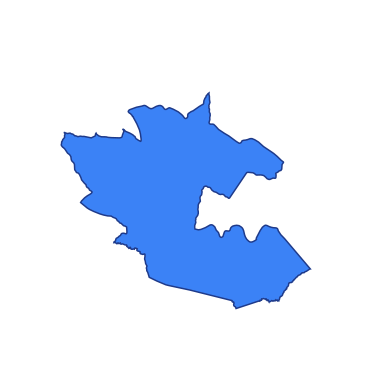 the district of Turkana South, Rift Valley, Kenya, rotated 298°
{"feature_id": "3690345B86728655085245", "entity_name": "Turkana South", "entity_type": "district", "adm_level": 2, "iso_a3": "KEN", "parent_name": "Kenya", "parent_adm1": "Rift Valley", "projection": "mercator", "projection_center": [35.73, 2.378], "detail": "fine", "context": "isolated", "style": "filled", "palette": "blue", "viewbox_px": 384, "rotation_deg": 298, "n_neighbors": 0, "source": "geoboundaries", "source_scale": "gbopen_adm2", "svg_char_len": 6085}
<svg xmlns="http://www.w3.org/2000/svg" viewBox="0 0 384 384"><g transform="rotate(298 192 192)"><path d="M109.8,285.6L127.0,302.1L127.4,303.1L128.1,302.8L129.0,304.1L129.4,303.8L129.9,303.9L130.3,303.7L130.6,304.5L131.4,304.9L131.7,306.6L132.2,307.2L131.8,307.6L132.3,308.0L131.4,309.1L131.6,309.8L132.4,309.8L132.4,310.0L131.9,310.5L131.7,311.3L131.2,311.5L131.0,311.8L131.7,311.8L132.1,312.7L133.5,313.3L133.5,314.3L134.1,314.6L134.1,315.4L134.5,315.6L135.0,316.5L135.6,316.4L135.4,316.8L135.6,317.1L136.1,317.2L136.1,317.5L136.5,317.8L136.0,318.9L136.3,319.2L136.7,319.1L136.7,319.6L137.1,319.4L137.8,319.7L140.4,319.0L141.0,319.4L141.6,319.4L142.1,320.0L143.0,320.2L143.9,320.3L144.3,320.0L144.9,319.9L146.6,320.2L147.4,319.8L149.5,320.6L150.0,320.4L150.6,321.0L151.1,321.1L151.6,320.6L152.7,320.6L153.2,320.9L154.5,321.1L156.8,320.3L157.2,320.6L157.6,320.6L158.8,322.3L159.5,322.5L159.8,322.9L160.9,322.8L161.8,323.3L162.1,323.1L164.0,323.8L165.9,324.2L166.6,324.8L168.1,324.9L170.1,326.6L170.7,326.5L171.7,327.1L172.4,327.1L173.3,328.8L174.5,329.2L175.8,330.3L179.2,332.1L179.6,332.6L194.3,295.6L196.0,290.4L198.2,286.4L199.4,285.2L199.8,284.5L199.8,283.2L198.6,280.4L198.0,278.3L197.7,276.2L197.6,273.9L197.3,272.7L196.8,272.1L196.0,271.6L193.9,270.7L189.9,270.3L181.8,270.4L181.0,270.6L180.3,271.2L178.6,270.4L177.3,269.5L176.3,268.7L175.4,267.5L175.1,266.4L175.2,265.1L175.9,262.6L177.3,260.3L178.8,258.6L182.1,255.7L183.1,254.5L183.8,253.4L184.2,252.0L184.4,249.4L183.6,247.1L182.3,245.3L180.8,243.8L179.0,243.1L177.7,243.1L176.2,243.5L175.1,243.1L174.7,242.7L173.7,240.2L172.8,239.5L171.8,239.4L167.1,240.2L165.7,239.2L165.5,238.6L165.8,237.4L168.6,234.4L169.7,231.3L171.9,228.5L172.4,226.5L172.4,225.2L172.0,224.2L171.3,223.4L166.9,220.6L163.2,217.5L161.6,215.4L160.7,212.0L162.0,211.0L163.8,210.1L166.8,209.7L168.6,208.4L169.8,208.2L170.5,207.7L171.1,207.6L174.0,208.0L176.0,207.6L177.5,206.8L179.6,205.2L181.0,204.8L183.4,203.6L184.9,203.4L187.8,203.7L190.6,201.7L192.4,201.4L194.0,201.8L196.9,200.8L197.4,200.2L197.9,199.9L199.0,199.8L200.2,200.3L201.8,200.0L203.3,200.8L204.0,202.3L203.7,203.6L204.3,205.3L204.4,206.1L203.0,208.7L202.6,211.2L203.1,213.5L202.8,216.9L203.1,218.2L204.1,219.6L204.5,220.7L204.3,222.2L203.6,223.7L204.0,225.2L203.7,227.3L203.9,227.7L204.5,228.0L234.8,231.2L235.7,232.2L237.6,236.8L237.6,238.5L237.2,240.2L237.3,241.1L239.3,244.6L239.9,246.2L240.2,247.7L239.7,250.0L239.0,252.0L239.1,253.6L239.6,254.8L242.3,257.0L243.2,259.0L243.7,259.3L244.4,259.2L246.6,258.2L247.5,257.3L247.9,257.2L250.5,258.8L251.5,259.0L252.8,260.4L254.3,260.5L258.6,258.6L260.9,258.9L261.2,258.8L261.4,258.6L261.9,255.7L263.4,250.6L264.4,246.0L265.7,233.8L267.3,227.3L267.6,222.9L267.3,219.9L266.4,218.3L264.3,216.4L262.9,214.8L261.9,213.3L260.8,212.2L258.6,212.1L257.4,211.2L257.2,210.6L257.4,207.4L258.8,198.1L259.0,193.1L259.7,186.1L261.2,182.0L261.9,179.4L261.5,178.1L260.5,176.4L260.6,175.2L261.4,174.4L264.2,173.8L266.1,172.7L268.2,172.1L269.8,171.1L270.5,170.0L271.2,169.5L273.4,168.5L274.2,167.4L275.3,167.0L276.1,166.3L279.5,165.8L281.7,164.1L284.6,162.5L286.4,160.9L287.4,160.5L286.2,159.9L285.4,159.9L284.2,159.5L283.4,159.4L282.3,159.7L280.8,159.4L278.1,159.7L275.6,160.7L274.5,160.6L274.1,160.2L271.0,158.3L264.3,154.9L262.4,153.4L259.5,151.9L258.0,152.0L256.7,152.8L255.5,152.9L254.4,152.4L253.9,151.9L253.7,151.1L253.9,150.4L255.0,148.1L255.5,146.5L256.3,142.3L256.3,136.7L255.9,132.8L255.2,131.9L252.8,130.4L252.3,129.4L252.4,128.6L253.6,126.0L253.7,124.5L253.5,123.4L252.8,122.2L250.9,120.3L247.3,117.9L246.3,116.7L246.0,114.9L246.4,110.6L246.2,109.6L245.8,108.9L244.3,107.4L240.7,103.1L235.6,98.5L234.8,98.0L233.4,97.8L232.9,98.1L232.3,99.6L232.3,100.8L231.3,103.6L230.8,103.9L230.8,104.8L230.4,105.1L226.3,111.3L222.2,116.4L219.2,119.1L214.6,122.4L213.2,123.0L212.6,122.8L212.5,120.4L212.7,119.2L212.7,117.8L213.2,116.8L214.2,115.6L214.3,114.3L214.7,113.0L214.8,109.5L214.4,105.1L214.6,104.0L215.1,102.9L215.1,101.7L214.8,101.6L214.2,102.9L213.4,103.4L209.8,103.8L208.0,104.3L207.1,104.1L205.8,102.7L202.2,95.4L200.9,92.4L200.3,90.2L198.2,86.0L197.8,83.4L198.2,80.7L198.9,79.7L197.9,79.6L196.6,80.1L195.9,80.1L192.5,77.6L190.4,70.6L189.6,69.2L188.9,67.2L187.3,65.3L187.1,63.4L186.6,61.9L187.1,60.3L187.1,59.3L186.7,58.2L186.8,56.9L186.3,56.0L185.2,54.7L184.7,52.3L184.8,51.7L184.6,51.4L184.3,51.5L184.0,52.4L183.3,52.8L182.1,52.9L180.3,53.9L177.7,53.3L176.3,53.5L175.0,53.4L173.8,54.0L172.5,54.3L171.7,54.9L170.9,56.7L170.8,57.6L170.3,59.4L167.9,63.9L167.5,66.4L166.4,68.4L164.0,70.1L163.1,71.1L162.1,74.1L161.1,75.3L156.9,77.8L156.4,78.3L155.7,79.8L155.2,80.4L155.0,81.1L155.3,82.6L154.7,84.3L152.6,87.1L150.9,88.8L149.1,93.2L148.8,94.8L147.5,96.0L146.8,97.2L146.8,98.5L146.5,99.4L145.6,100.6L145.5,102.6L145.2,103.6L144.9,103.8L143.8,103.8L142.5,103.2L139.4,101.3L136.4,99.9L132.2,98.7L130.4,98.6L128.7,106.9L128.5,109.6L128.7,114.4L129.4,120.8L130.2,124.9L131.3,128.7L132.8,132.0L132.6,134.2L132.9,136.7L132.8,137.7L131.6,139.6L131.6,141.1L130.9,142.3L130.8,143.3L131.1,144.0L130.1,147.4L130.5,149.1L130.4,150.7L126.4,153.2L125.2,153.7L124.6,153.7L124.1,153.4L123.6,151.1L122.7,149.7L121.8,149.2L120.0,149.2L118.5,148.3L117.5,148.1L115.5,146.9L114.6,146.9L112.9,147.4L111.4,146.6L110.6,146.8L111.4,148.0L111.0,149.6L111.1,150.1L112.2,150.4L112.4,150.7L112.1,151.8L113.3,152.6L112.7,153.3L112.6,153.8L113.6,155.0L113.9,158.0L114.5,159.0L114.3,159.6L113.4,159.9L113.1,161.6L112.6,162.8L112.9,163.1L113.9,163.1L114.2,163.6L113.1,164.7L113.1,165.6L113.5,166.3L114.1,166.8L114.4,168.0L115.4,167.7L115.8,168.0L116.2,169.8L116.1,170.4L115.0,170.5L114.5,170.9L114.4,171.6L114.9,174.0L114.6,174.4L113.8,174.7L113.3,175.5L113.8,177.9L114.9,179.0L115.0,179.4L114.9,179.7L112.9,180.8L111.3,181.3L110.5,181.7L109.0,183.2L107.0,184.7L105.5,187.0L103.4,187.4L102.8,188.1L101.2,189.1L100.3,190.6L96.6,194.3L96.9,202.8L97.8,212.5L98.5,215.3L104.4,236.0L114.9,278.3L114.3,278.6L114.0,279.1L114.0,279.9L114.4,280.2L114.4,280.4L113.5,281.3L112.4,281.5L111.5,282.1L111.0,282.9L110.9,284.4L109.8,285.6Z" fill="#3b82f6" stroke="#1e3a8a" stroke-width="1.5"/></g></svg>